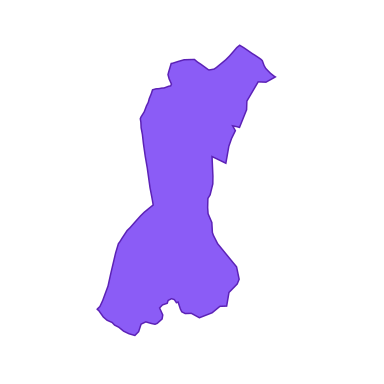 the district of Al-Shamiya, Al-Qādisiyyah, Iraq, rotated 18°
{"feature_id": "34846034B85923649366484", "entity_name": "Al-Shamiya", "entity_type": "district", "adm_level": 2, "iso_a3": "IRQ", "parent_name": "Iraq", "parent_adm1": "Al-Qādisiyyah", "projection": "orthographic", "projection_center": [44.634, 31.867], "detail": "fine", "context": "isolated", "style": "filled", "palette": "violet", "viewbox_px": 384, "rotation_deg": 18, "n_neighbors": 0, "source": "geoboundaries", "source_scale": "gbopen_adm2", "svg_char_len": 1842}
<svg xmlns="http://www.w3.org/2000/svg" viewBox="0 0 384 384"><g transform="rotate(18 192 192)"><path d="M235.7,56.8L234.1,56.4L229.8,54.8L226.0,52.8L223.8,51.6L221.5,49.5L218.3,45.4L216.8,44.6L214.7,43.9L209.7,42.5L206.4,41.7L201.5,40.2L196.8,38.8L192.0,37.7L190.0,40.8L187.4,47.0L185.7,51.0L183.2,55.9L176.7,66.1L175.0,68.3L170.9,70.5L169.9,70.7L166.0,69.4L161.1,67.8L157.0,66.7L154.3,65.6L153.4,65.2L149.1,66.7L143.6,68.7L138.4,72.2L133.7,75.6L132.5,76.2L132.7,84.9L132.9,87.8L135.3,91.5L139.1,95.7L138.9,97.7L137.2,98.6L133.3,101.7L131.0,102.6L128.7,103.9L125.9,105.0L122.9,107.0L122.9,111.2L122.5,116.3L122.7,120.3L122.1,124.1L121.8,130.5L120.3,136.5L120.2,138.3L121.8,141.4L123.8,146.7L127.0,152.5L130.9,161.1L136.6,172.7L142.0,182.9L149.0,197.3L150.7,200.8L156.1,210.6L159.1,216.3L156.5,220.3L155.6,221.7L152.9,225.9L150.5,230.5L148.4,235.2L144.1,245.1L142.2,248.7L139.7,257.8L138.8,261.5L138.0,263.8L138.0,264.9L138.2,273.5L139.9,294.1L141.2,307.4L140.8,317.4L140.6,322.9L139.8,329.4L138.1,332.5L138.1,332.9L138.4,333.0L140.0,333.6L146.3,338.3L150.8,340.2L156.4,340.8L159.5,342.5L164.0,343.2L170.0,345.5L175.9,346.3L182.0,346.1L184.4,341.3L184.4,333.4L188.2,329.8L194.1,329.6L197.7,329.2L199.5,327.7L202.8,322.0L202.2,318.0L197.0,312.3L198.8,308.5L202.8,305.5L202.8,302.5L205.5,299.8L208.5,299.8L211.4,302.1L212.8,301.0L217.2,307.0L219.3,309.1L223.1,309.7L228.9,307.6L237.9,309.3L248.5,300.6L253.9,292.1L260.2,289.8L258.2,276.1L263.4,265.6L263.8,260.4L257.5,249.4L252.3,246.1L232.4,233.3L226.2,227.1L225.4,226.2L223.9,224.2L220.3,214.9L214.0,207.7L211.7,202.0L209.1,193.2L210.1,189.1L209.3,177.9L207.0,170.5L200.1,152.1L215.3,154.2L212.9,137.0L213.1,128.7L214.3,120.3L210.2,116.5L214.5,116.0L217.2,115.9L218.5,96.9L216.1,88.6L220.9,66.8L228.4,64.7L235.1,57.5L235.7,56.8Z" fill="#8b5cf6" stroke="#5b21b6" stroke-width="1.5"/></g></svg>